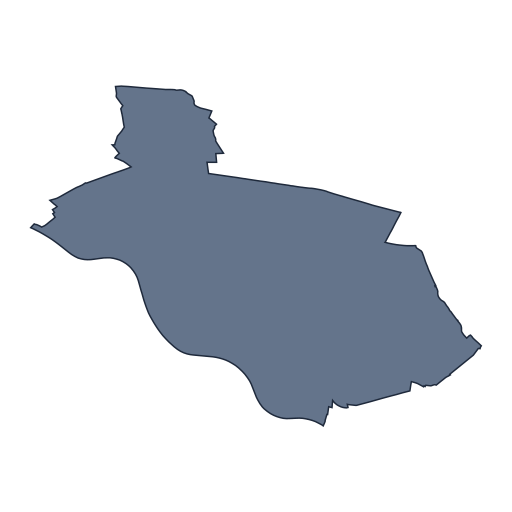 Wijchen, Gelderland, Netherlands (Mercator projection)
{"feature_id": "6326949B70706228671559", "entity_name": "Wijchen", "entity_type": "district", "adm_level": 2, "iso_a3": "NLD", "parent_name": "Netherlands", "parent_adm1": "Gelderland", "projection": "mercator", "projection_center": [5.703, 51.82], "detail": "fine", "context": "isolated", "style": "filled", "palette": "slate", "viewbox_px": 512, "rotation_deg": 0, "n_neighbors": 0, "source": "geoboundaries", "source_scale": "gbopen_adm2", "svg_char_len": 5943}
<svg xmlns="http://www.w3.org/2000/svg" viewBox="0 0 512 512"><path d="M185.8,91.6L184.6,91.0L182.9,90.3L181.5,90.0L180.7,89.9L180.3,89.9L179.9,89.9L176.8,90.2L175.9,90.1L175.1,89.8L174.7,89.7L173.4,89.6L170.9,89.5L169.0,89.5L165.2,89.5L164.5,89.4L152.5,88.5L146.5,88.1L127.9,86.5L122.3,86.2L121.6,86.1L120.1,86.2L115.5,86.5L116.1,90.4L116.5,93.2L116.5,93.8L116.2,96.3L116.4,96.9L116.5,97.1L116.5,97.3L119.9,101.9L120.9,103.3L122.7,105.5L122.8,105.7L122.6,106.0L121.7,107.3L120.9,108.6L120.8,108.9L121.1,110.0L121.4,111.4L121.6,112.2L121.7,113.1L121.8,113.3L121.9,113.5L122.2,115.1L122.6,117.3L123.1,120.6L123.7,124.4L124.3,127.2L122.8,129.3L121.5,131.4L121.3,131.5L121.1,131.8L117.5,136.1L117.2,136.8L116.6,138.8L115.2,142.7L115.0,143.2L114.8,144.8L112.2,144.9L113.3,146.1L114.9,147.7L115.9,149.0L116.8,150.2L116.8,150.3L117.9,151.7L119.3,153.3L116.4,156.0L115.3,157.2L114.9,157.8L115.0,158.0L116.6,158.4L117.2,158.6L122.1,160.9L123.1,161.2L123.3,161.3L126.7,163.6L131.1,166.9L129.5,167.7L126.6,168.8L123.0,170.1L111.4,174.1L100.1,178.2L86.6,183.1L85.7,182.9L85.1,183.1L84.5,183.5L82.4,184.9L82.0,185.1L79.4,186.3L78.8,186.6L78.4,186.7L77.9,186.9L76.3,187.6L73.1,189.3L59.6,196.9L57.1,198.2L55.9,198.6L55.3,198.8L49.9,200.3L53.9,203.9L54.6,204.5L55.2,204.8L56.8,206.3L57.1,206.6L55.1,208.1L52.5,209.6L54.5,212.6L52.8,213.7L55.1,217.2L52.9,219.2L51.6,220.2L50.1,221.4L48.0,223.1L47.6,223.5L45.9,224.8L44.8,225.6L44.6,225.7L42.0,226.9L41.6,227.1L40.4,226.3L39.4,225.8L38.5,225.4L37.6,225.0L36.6,224.6L35.0,224.3L34.2,223.9L32.8,225.4L32.3,225.9L30.7,227.7L33.0,228.7L36.2,230.3L39.4,231.9L42.6,233.7L45.8,235.6L49.1,237.6L52.3,239.7L55.5,242.0L58.7,244.4L61.9,246.9L68.3,252.0L71.5,254.4L74.8,256.4L78.0,258.0L81.2,258.9L84.4,259.5L87.6,259.7L90.8,259.6L94.1,259.2L103.7,257.9L106.9,257.8L110.2,257.8L113.4,258.3L116.6,259.1L119.8,260.1L123.0,261.7L126.2,263.7L128.7,265.7L130.7,267.6L133.4,270.9L135.5,274.1L137.1,277.3L138.3,280.6L140.1,287.0L141.0,290.3L142.0,293.5L142.9,296.7L143.8,299.9L144.9,303.2L146.0,306.4L147.2,309.6L148.5,312.9L150.1,316.1L151.9,319.3L153.8,322.6L155.8,325.8L157.9,329.0L160.3,332.3L162.8,335.5L165.7,338.7L168.9,342.0L174.2,346.8L177.4,349.3L180.6,351.3L183.8,352.8L187.1,353.9L190.3,354.6L193.5,355.0L199.9,355.6L212.8,356.8L216.0,357.3L219.2,358.0L222.4,358.9L225.6,360.0L228.9,361.5L232.1,363.3L235.3,365.3L238.5,367.8L242.2,371.3L244.9,374.2L247.6,377.8L249.7,381.0L251.3,384.2L256.4,397.2L257.7,399.8L259.9,403.6L262.3,406.9L264.0,408.7L267.3,411.4L270.5,413.6L273.7,415.3L276.9,416.6L280.1,417.6L283.3,418.3L286.5,418.6L289.7,418.5L296.2,418.2L299.4,418.1L302.6,418.3L305.8,418.8L309.0,419.5L312.2,420.4L315.5,421.6L318.7,423.2L321.9,424.9L323.2,425.9L323.9,424.3L324.4,423.2L325.1,421.4L325.2,420.2L326.9,414.4L327.6,414.5L328.7,406.7L332.0,407.6L332.6,400.4L333.4,401.4L334.1,402.3L334.6,402.8L335.3,403.4L335.6,403.7L336.9,404.7L337.3,405.0L338.4,405.6L339.4,406.1L341.1,406.9L341.9,407.1L342.8,407.4L344.5,407.7L345.7,407.8L346.4,407.9L348.0,407.5L347.3,404.3L348.5,404.6L356.0,405.4L356.7,405.3L370.6,401.6L383.3,398.0L391.9,395.7L396.2,394.6L402.5,392.8L409.9,390.9L410.8,384.8L411.4,381.6L414.9,382.6L417.5,383.5L420.5,385.1L423.6,386.8L424.1,385.8L425.1,386.5L425.8,385.3L430.4,385.8L430.7,385.8L431.4,385.7L433.9,384.8L434.4,384.7L434.6,384.7L435.4,384.8L436.2,385.1L441.4,380.9L443.3,379.4L444.9,378.1L446.1,377.2L447.6,376.4L448.3,376.1L450.3,374.9L449.7,374.3L470.3,357.6L472.9,355.5L473.3,355.2L478.3,348.5L479.3,348.5L480.0,348.7L480.4,347.4L480.7,346.7L481.1,346.1L481.3,345.8L479.8,344.4L477.9,342.6L476.3,341.2L475.1,340.1L473.9,339.0L472.3,337.3L472.2,336.9L470.5,335.1L469.3,335.6L466.7,338.1L463.9,335.1L462.9,333.7L462.0,332.3L461.6,331.5L461.5,330.5L461.5,328.3L461.4,328.3L461.4,327.3L461.2,326.4L461.0,325.6L460.6,324.8L459.7,323.4L457.9,321.2L458.0,320.8L457.6,320.2L457.3,320.3L457.2,320.2L455.7,318.3L453.8,315.7L452.8,314.4L451.0,311.8L450.8,311.6L449.6,310.5L449.2,309.4L447.8,307.2L446.5,305.6L444.5,302.4L443.1,301.3L441.5,300.4L440.3,299.3L439.2,297.9L438.4,296.6L437.9,295.0L437.7,293.2L437.8,291.3L437.3,289.6L435.9,286.4L435.2,286.7L434.8,285.8L435.7,285.4L434.0,282.1L428.7,270.1L427.6,267.2L427.5,266.7L426.4,264.2L425.2,261.0L424.6,259.1L423.2,255.0L422.9,254.4L422.3,252.6L422.0,252.1L421.8,251.8L421.3,251.1L421.0,250.8L420.6,250.6L417.7,248.7L416.9,248.2L416.5,247.8L416.2,247.4L415.9,246.6L415.8,245.8L415.5,245.6L412.5,245.7L407.0,245.7L404.0,245.5L400.0,245.1L396.5,244.7L392.0,243.9L388.5,243.2L385.1,242.3L385.2,242.2L386.0,240.7L390.3,232.6L391.3,230.9L393.4,226.9L393.5,226.6L396.3,221.2L399.1,216.1L400.7,212.9L400.9,212.5L400.5,212.3L399.6,212.2L398.0,211.8L374.4,205.7L371.9,205.0L369.1,204.1L361.5,201.8L351.9,199.1L334.4,194.0L329.7,192.5L327.3,191.7L326.8,191.4L325.8,191.1L324.1,190.6L320.7,189.8L314.1,188.6L311.7,188.3L309.4,188.2L305.8,187.8L302.7,187.4L302.1,187.3L301.7,187.3L297.4,186.7L296.8,186.6L294.3,186.2L294.1,186.2L293.9,186.1L292.5,185.9L291.1,185.8L288.6,185.3L278.1,183.8L274.7,183.2L273.1,183.0L271.5,182.8L265.8,181.8L260.3,181.1L247.6,179.2L245.3,178.8L242.8,178.5L236.6,177.5L233.7,177.1L231.6,176.8L223.2,175.6L208.6,173.5L207.9,168.8L207.7,167.2L207.1,162.7L207.0,162.3L212.5,162.3L216.6,162.3L215.8,153.6L222.8,153.3L223.5,153.2L222.3,151.4L217.0,143.2L216.4,142.1L215.9,141.5L215.8,141.2L215.7,141.0L215.7,140.8L215.7,139.2L215.5,138.5L215.3,137.8L214.2,135.9L214.1,135.5L213.9,135.0L213.2,131.6L213.1,130.8L213.2,130.5L213.2,130.2L213.3,130.1L214.2,128.6L214.6,127.9L214.6,127.6L214.6,127.2L214.5,126.3L215.5,125.3L216.5,124.2L213.9,122.0L211.9,120.4L210.2,118.9L208.9,118.0L211.6,111.5L211.8,111.0L206.4,109.5L200.7,108.1L199.9,107.8L196.9,106.5L196.0,105.9L195.4,105.6L194.9,105.2L194.6,104.8L194.2,103.9L194.0,103.2L194.0,102.5L194.1,101.7L194.1,101.2L193.9,100.3L193.5,99.5L192.3,96.5L191.8,95.8L188.0,93.7L187.4,93.2L186.3,92.2L186.0,91.8L185.8,91.8L185.8,91.6Z" fill="#64748b" stroke="#1e293b" stroke-width="1.5"/></svg>